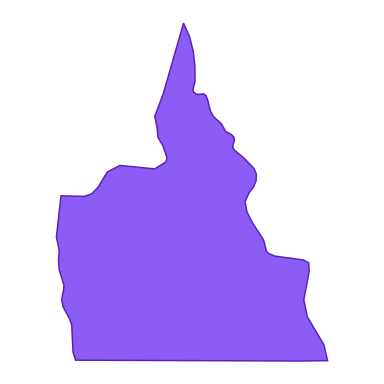 map outline of Agusan del Sur (Albers equal-area conic projection)
{"feature_id": "PHL-2588", "entity_name": "Agusan del Sur", "entity_type": "Province", "adm_level": 1, "iso_a3": "PHL", "parent_name": "Philippines", "parent_adm1": "", "projection": "albers", "projection_center": [125.781, 8.604], "detail": "fine", "context": "isolated", "style": "filled", "palette": "violet", "viewbox_px": 384, "rotation_deg": 0, "n_neighbors": 0, "source": "natural_earth", "source_scale": "10m", "svg_char_len": 1070}
<svg xmlns="http://www.w3.org/2000/svg" viewBox="0 0 384 384"><path d="M183.5,23.0L183.6,23.3L189.6,36.8L193.3,51.3L194.9,66.3L195.0,81.8L193.0,89.4L193.1,91.3L196.2,94.3L199.9,94.3L203.5,93.9L206.1,95.7L208.0,101.0L210.3,110.7L212.8,115.6L215.5,118.6L218.7,121.2L221.5,123.9L225.4,131.1L228.4,133.0L231.5,134.6L234.1,137.3L234.4,140.5L233.3,143.9L232.6,147.2L234.3,150.0L244.7,158.8L254.0,168.5L256.4,174.3L256.1,180.7L253.5,187.1L249.1,192.8L245.1,201.7L247.0,212.0L252.1,222.2L262.8,238.7L264.0,241.3L266.4,251.2L268.8,253.7L275.1,256.1L303.6,260.0L308.7,262.8L309.2,271.3L303.8,299.9L307.3,316.8L323.9,344.8L327.6,360.7L297.8,361.0L158.3,360.5L75.6,360.2L73.0,352.1L71.7,325.1L69.5,318.8L63.1,306.9L61.8,300.3L62.4,295.1L63.5,290.4L64.0,285.6L62.4,280.0L59.2,269.8L58.5,260.2L59.2,250.2L56.4,237.0L61.0,195.8L84.2,196.4L91.5,193.9L97.8,187.6L107.3,172.0L119.8,165.4L154.8,168.9L156.4,167.8L166.0,161.8L167.0,157.7L162.8,145.5L157.9,137.4L157.2,128.4L154.8,116.3L163.2,93.9L167.8,78.0L183.5,23.2L183.5,23.0Z" fill="#8b5cf6" stroke="#5b21b6" stroke-width="1.5"/></svg>